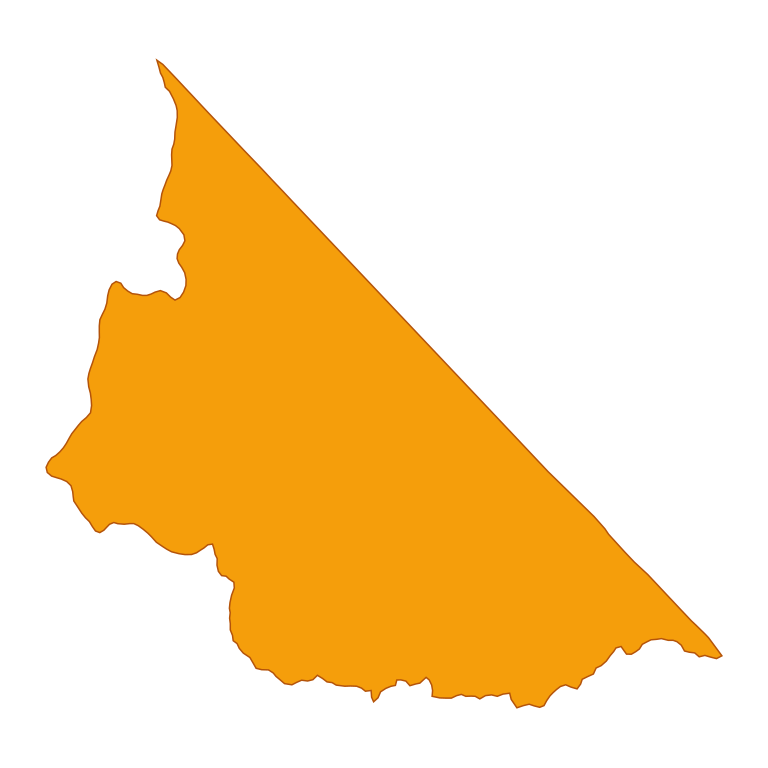 outline of Ninheira, Minas Gerais, Brazil
{"feature_id": "56859067B21814552382034", "entity_name": "Ninheira", "entity_type": "district", "adm_level": 2, "iso_a3": "BRA", "parent_name": "Brazil", "parent_adm1": "Minas Gerais", "projection": "natural_earth1", "projection_center": [-41.689, -15.315], "detail": "fine", "context": "isolated", "style": "filled", "palette": "amber", "viewbox_px": 768, "rotation_deg": 0, "n_neighbors": 0, "source": "geoboundaries", "source_scale": "gbopen_adm2", "svg_char_len": 3581}
<svg xmlns="http://www.w3.org/2000/svg" viewBox="0 0 768 768"><path d="M604.9,528.8L594.1,516.6L555.1,478.5L548.1,471.7L513.9,435.4L350.0,262.2L292.3,201.3L284.7,193.2L271.5,179.3L261.9,169.0L244.9,151.3L208.9,113.4L174.9,77.1L162.8,64.4L156.9,60.2L158.9,66.9L160.5,73.1L162.8,77.4L164.2,82.2L165.3,87.3L169.5,91.3L173.4,98.8L176.1,105.5L177.2,110.6L177.3,117.5L176.1,125.3L175.0,132.0L174.7,139.2L173.8,144.1L172.0,149.1L171.6,154.8L171.8,160.0L172.0,165.5L170.8,170.9L169.0,175.2L166.7,180.2L165.1,184.6L163.2,189.5L161.8,193.9L160.9,199.8L159.9,206.2L158.1,210.6L156.6,215.7L159.6,219.8L164.2,221.2L167.9,222.1L171.8,223.8L175.4,225.5L179.3,228.6L183.9,234.8L184.9,240.8L182.6,245.4L179.3,249.7L177.5,254.0L177.1,258.6L178.8,263.1L181.8,267.4L184.7,272.7L186.1,279.4L185.9,285.6L183.6,292.1L180.1,297.5L175.0,300.1L170.6,297.1L166.4,292.9L160.4,290.6L155.1,292.1L151.2,294.0L146.9,295.4L142.4,295.4L137.5,294.3L132.2,293.7L127.8,291.1L123.6,287.6L120.8,283.2L116.1,281.5L112.0,284.2L109.1,289.9L107.7,295.7L106.8,303.1L104.9,309.3L102.4,314.3L99.9,319.7L99.3,325.8L99.3,331.9L99.4,337.6L98.6,343.1L97.2,349.5L94.4,356.8L92.6,362.5L90.4,368.6L88.9,373.5L87.9,379.0L88.7,386.7L90.4,393.2L91.2,399.5L91.6,405.6L90.5,412.8L86.3,417.6L81.7,421.5L78.5,425.2L75.2,429.4L71.8,433.7L69.3,438.0L66.4,443.3L63.4,447.8L59.8,451.9L55.8,455.5L51.7,457.9L48.5,462.2L46.1,467.3L47.3,472.5L51.6,476.1L56.7,477.7L61.1,479.0L66.7,481.5L71.0,485.7L72.7,491.6L73.2,496.5L73.8,501.0L77.5,506.6L81.8,513.2L85.5,517.8L89.4,521.6L92.4,526.6L95.5,531.0L99.8,532.6L103.9,530.2L106.7,527.2L109.5,524.3L113.8,522.5L117.8,523.7L124.2,524.2L129.8,523.6L133.9,523.6L138.3,525.7L143.1,529.2L147.9,533.2L151.4,536.7L156.3,542.2L162.3,546.3L166.6,549.1L171.6,551.8L179.0,553.7L185.1,554.6L191.5,554.5L196.5,552.8L200.4,550.2L203.9,548.0L207.8,544.8L212.5,544.1L214.1,549.1L215.1,554.3L217.2,558.6L217.0,565.2L218.4,571.4L221.6,575.6L226.1,576.2L229.2,579.1L233.9,582.2L234.3,588.0L231.6,595.2L230.0,602.5L229.4,608.3L230.2,612.7L229.6,618.2L230.3,623.6L230.3,629.9L232.5,635.4L233.2,640.7L237.1,643.6L239.3,648.4L243.3,653.1L249.9,657.5L253.1,663.0L256.1,668.3L261.7,669.7L268.5,669.9L273.3,673.0L276.0,676.4L280.2,679.9L284.5,683.6L291.9,684.8L296.6,682.4L301.6,680.2L307.6,681.0L312.9,679.7L317.4,675.3L322.6,678.5L327.0,681.9L332.1,682.6L336.2,685.1L340.9,685.7L344.8,686.2L350.3,686.0L356.6,686.2L361.5,688.1L365.4,691.2L371.1,690.5L371.6,697.2L373.6,701.8L378.0,697.8L380.6,691.8L385.8,688.4L390.9,686.3L395.4,685.4L396.8,680.0L400.9,679.9L405.9,681.1L409.9,685.7L415.6,684.0L419.9,683.1L423.0,680.2L426.1,677.4L429.2,679.9L431.7,685.1L432.6,690.6L432.1,696.3L439.7,697.9L445.6,698.1L451.4,698.1L456.7,695.6L461.4,694.4L465.8,696.3L471.2,696.1L475.2,696.3L479.8,698.9L485.5,695.6L491.6,694.9L497.3,696.3L503.0,694.1L509.7,693.2L511.2,699.4L514.0,703.5L516.9,707.8L523.4,705.6L529.2,704.2L534.2,705.9L539.7,707.3L544.0,705.6L546.7,700.6L550.0,695.8L553.0,692.7L556.4,689.6L560.4,686.5L565.7,684.8L571.0,687.1L577.1,688.9L580.6,684.1L582.2,679.3L587.2,676.8L593.4,674.0L596.1,668.0L601.2,665.6L606.3,661.1L610.2,655.6L613.7,651.5L616.0,647.9L621.1,646.5L624.1,650.8L626.5,654.1L631.4,654.2L635.7,651.7L639.4,649.0L642.3,644.3L646.4,642.1L651.0,639.8L656.7,639.3L661.4,638.6L668.2,640.3L673.1,640.3L677.0,641.7L681.3,645.2L684.5,651.0L689.2,652.2L694.7,652.9L699.2,656.8L704.9,655.4L710.2,657.0L716.5,658.6L721.9,655.8L708.6,637.8L705.3,634.3L696.4,625.6L691.3,620.8L680.8,609.7L666.2,594.2L647.8,574.6L634.3,562.1L625.0,552.3L608.6,534.3L604.9,528.8Z" fill="#f59e0b" stroke="#b45309" stroke-width="1.5"/></svg>